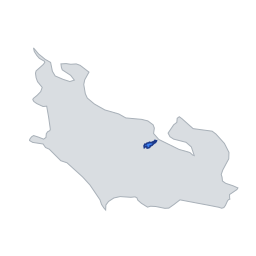 San Mateo, Alajuela, Costa Rica (highlighted), rotated 171°
{"feature_id": "36466004B56019207244783", "entity_name": "San Mateo", "entity_type": "district", "adm_level": 2, "iso_a3": "CRI", "parent_name": "Costa Rica", "parent_adm1": "Alajuela", "projection": "orthographic", "projection_center": [-84.558, 9.96], "detail": "fine", "context": "in_parent", "style": "filled", "palette": "blue", "viewbox_px": 256, "rotation_deg": 171, "n_neighbors": 0, "source": "geoboundaries", "source_scale": "gbopen_adm2", "svg_char_len": 3956}
<svg xmlns="http://www.w3.org/2000/svg" viewBox="0 0 256 256"><g transform="rotate(171 128 128)"><path d="M227.2,131.0L226.8,132.2L225.8,133.3L224.4,134.5L222.4,135.3L217.7,132.9L213.1,130.2L210.5,131.5L209.6,135.1L207.9,136.9L205.7,137.6L204.9,138.8L204.7,150.9L204.9,162.3L208.5,162.5L214.3,166.4L216.8,168.8L217.6,170.9L216.9,172.0L212.6,174.5L208.5,177.6L206.4,181.5L210.1,187.9L210.9,192.1L210.8,196.6L209.8,198.8L201.7,204.0L199.9,205.8L200.2,207.1L204.7,210.7L206.8,214.1L208.6,218.3L208.8,221.9L204.8,215.2L199.1,208.8L194.2,204.9L193.8,195.8L191.8,190.8L184.5,186.2L178.2,183.0L173.5,183.7L176.4,189.0L183.8,195.7L184.3,198.3L184.2,201.8L179.1,201.3L174.6,199.9L169.1,199.4L165.5,197.4L157.8,189.3L163.2,182.4L164.9,177.9L164.8,168.5L163.5,163.9L157.5,157.0L148.1,149.5L134.9,143.3L128.6,138.3L113.2,134.4L107.3,131.9L102.7,127.2L102.0,123.8L103.6,118.6L99.4,111.9L81.0,98.9L70.7,94.1L68.5,91.3L66.9,90.4L68.4,99.4L72.9,104.8L84.7,109.9L87.9,112.8L89.2,116.7L82.4,124.0L78.9,125.9L77.9,129.9L75.6,131.1L73.3,128.8L63.8,117.2L45.4,111.7L42.1,108.3L35.2,97.7L32.1,88.1L33.3,81.8L40.9,71.8L43.2,67.5L42.8,64.8L43.0,60.9L40.2,58.1L33.3,54.5L28.8,51.6L30.0,50.2L38.1,46.4L38.6,42.9L38.5,41.8L39.9,41.5L41.0,40.6L41.7,39.6L43.9,36.3L45.8,34.4L48.0,34.1L50.7,35.5L60.8,39.2L72.0,43.2L87.9,48.9L94.5,45.3L100.2,42.5L104.2,42.9L112.8,46.1L117.9,47.2L121.1,46.8L126.6,51.6L129.6,55.2L130.1,57.6L131.8,58.9L136.0,59.1L146.5,61.5L152.9,61.1L158.7,58.5L161.9,55.4L162.9,50.5L164.4,52.9L166.1,56.7L166.9,61.5L174.5,77.7L180.5,86.8L193.7,103.2L199.5,106.2L209.1,119.4L212.5,121.6L214.4,125.5L224.4,128.7L227.2,131.0Z" fill="#d9dde1" stroke="#a8b0b8" stroke-width="1"/><path d="M114.9,106.0L114.7,106.1L114.6,106.3L114.4,106.4L114.2,106.5L113.9,106.7L113.7,106.7L113.3,106.8L113.2,106.9L112.9,106.9L112.9,107.0L112.7,107.0L112.4,107.1L112.3,106.9L112.4,106.7L112.5,106.4L112.5,106.2L112.4,106.1L112.4,105.9L112.4,105.7L112.4,105.4L112.3,105.1L112.2,105.1L111.9,105.1L111.7,105.1L111.4,105.1L111.2,105.2L110.9,105.2L110.7,105.2L110.4,105.2L110.3,105.3L110.2,105.3L109.9,105.5L109.7,105.6L109.5,105.8L109.4,105.8L109.2,105.9L109.2,106.0L109.1,106.3L108.9,106.4L109.0,106.5L109.0,106.8L108.8,106.8L108.7,106.9L108.6,107.0L108.4,106.9L108.3,107.0L108.1,107.0L108.0,106.9L107.9,106.9L107.9,106.7L107.9,106.8L107.7,106.9L107.4,107.0L107.2,107.1L106.9,107.2L106.7,107.3L106.7,107.5L106.4,107.6L106.2,107.8L105.9,107.9L105.9,108.0L105.8,108.3L105.7,108.4L105.6,108.5L105.3,108.5L105.3,108.8L105.1,108.9L104.9,108.9L104.7,108.9L104.6,109.0L104.3,108.9L104.1,109.0L104.0,109.3L103.9,109.4L103.8,109.5L103.7,109.5L103.6,109.4L103.4,109.3L103.2,109.3L103.1,109.5L103.0,109.8L102.9,109.9L102.6,109.9L102.5,110.0L102.8,110.1L102.7,110.2L102.6,110.3L102.4,110.4L102.3,110.5L102.2,110.6L102.3,110.8L102.2,110.9L102.3,110.9L102.3,111.0L102.5,111.1L102.6,111.3L102.8,111.4L103.0,111.3L103.3,111.5L103.4,111.4L103.5,111.5L103.6,111.4L103.8,111.2L103.9,110.9L104.0,110.8L104.1,110.7L104.3,110.7L104.8,110.6L104.7,110.5L104.6,110.4L104.9,110.3L105.0,110.3L105.3,110.4L105.5,110.4L105.9,110.3L106.0,110.3L106.1,110.2L106.3,110.1L106.3,109.9L106.5,109.8L106.6,110.0L106.7,109.9L106.8,109.9L107.0,109.9L107.3,109.8L107.5,109.8L107.6,110.0L107.8,110.1L108.0,110.2L108.4,110.3L108.5,110.3L108.6,110.2L108.7,110.3L108.8,110.4L108.9,110.5L109.0,110.6L109.3,110.5L109.4,110.4L109.5,110.3L109.6,110.1L109.8,110.1L110.0,110.0L110.3,110.1L110.5,110.1L110.8,110.1L111.1,110.1L111.3,110.1L111.5,110.1L111.8,110.0L111.9,109.9L112.0,109.8L112.1,109.7L112.2,109.4L112.4,109.4L112.5,109.3L112.6,109.2L112.9,109.2L113.0,109.2L113.3,109.3L113.5,109.2L113.7,109.3L113.8,109.4L114.0,109.4L114.1,109.2L114.0,108.9L114.2,108.6L114.3,108.5L114.4,108.4L114.5,108.4L114.7,108.2L114.8,108.2L114.9,107.9L115.0,107.8L115.0,107.6L114.9,107.6L114.9,107.4L114.9,107.0L114.9,106.9L114.8,106.7L114.9,106.4L115.0,106.4L115.0,106.2L114.9,106.2L114.9,106.0Z" fill="#3b82f6" stroke="#1e3a8a" stroke-width="1.5"/></g></svg>